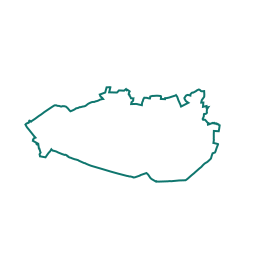 outline of Stroiesti, Suceava, Romania, rotated 306°
{"feature_id": "2599482B39658713506710", "entity_name": "Stroiesti", "entity_type": "district", "adm_level": 2, "iso_a3": "ROU", "parent_name": "Romania", "parent_adm1": "Suceava", "projection": "equal_earth", "projection_center": [26.132, 47.616], "detail": "fine", "context": "isolated", "style": "outline", "palette": "teal", "viewbox_px": 256, "rotation_deg": 306, "n_neighbors": 0, "source": "geoboundaries", "source_scale": "gbopen_adm2", "svg_char_len": 5456}
<svg xmlns="http://www.w3.org/2000/svg" viewBox="0 0 256 256"><g transform="rotate(306 128 128)"><path d="M127.1,207.2L130.5,208.1L131.2,208.2L133.8,208.8L137.4,209.6L139.5,210.2L142.3,210.5L144.3,210.9L144.8,211.1L146.2,211.7L146.8,212.0L147.9,212.3L148.9,212.5L149.9,212.7L151.7,213.0L152.2,213.0L154.6,212.1L156.2,211.6L157.3,211.3L158.0,211.9L158.7,212.3L159.2,212.7L159.5,212.7L160.3,212.6L163.7,211.5L164.8,211.2L167.6,210.5L167.8,210.4L167.9,210.2L166.3,206.3L166.1,205.9L169.0,204.4L169.5,203.8L170.6,203.1L173.3,201.1L176.1,199.2L178.7,203.3L181.0,202.2L184.0,200.6L183.9,200.3L183.8,200.1L183.9,199.2L184.1,199.0L184.0,198.8L183.9,198.7L183.9,198.3L183.6,198.1L183.5,197.9L183.4,197.8L183.4,197.7L183.7,197.6L183.8,197.4L183.8,197.1L183.7,196.8L183.6,196.7L183.4,196.2L183.2,196.1L182.9,196.2L182.6,195.7L182.6,195.4L182.6,195.1L182.7,194.9L182.4,194.8L182.1,194.5L182.1,194.4L182.3,194.2L182.2,193.9L181.9,193.9L181.7,193.8L181.6,193.7L181.5,193.2L181.1,193.0L178.9,191.6L177.7,190.7L177.8,190.6L178.2,190.6L178.4,190.4L178.6,190.4L178.8,190.4L179.0,190.6L179.3,190.5L179.3,190.2L179.1,189.5L179.1,188.9L179.4,188.0L179.8,186.2L179.9,185.6L179.9,185.4L179.7,185.0L178.8,184.0L179.0,183.5L179.1,183.2L179.4,183.0L180.6,182.8L182.2,182.4L183.1,181.7L183.7,181.4L184.1,181.3L184.9,182.4L185.3,182.6L185.6,182.8L186.0,182.9L186.6,182.9L186.9,182.8L187.2,182.4L187.4,182.2L188.0,181.8L188.7,181.4L189.1,181.1L189.4,181.0L189.7,180.9L190.1,180.8L192.0,180.7L190.7,179.5L191.9,178.6L189.2,176.2L192.9,174.0L191.6,172.3L193.4,171.5L194.1,171.3L197.5,171.3L197.9,171.3L198.2,171.2L198.5,171.0L199.9,170.1L202.6,167.9L201.2,166.3L201.0,166.0L200.8,165.4L200.8,165.0L201.0,164.4L201.0,163.8L201.0,163.5L200.8,162.7L200.0,162.2L199.4,161.9L198.8,161.6L198.7,161.5L197.9,161.4L197.7,161.3L197.3,161.0L196.3,160.7L195.7,160.3L195.0,160.0L194.9,159.9L194.7,159.5L194.5,159.3L194.1,159.0L192.9,158.8L192.1,158.7L191.7,158.9L190.9,159.4L190.7,158.8L190.0,157.0L189.6,156.6L188.6,156.0L187.8,155.9L185.9,156.0L185.5,156.2L185.3,156.1L184.8,156.7L184.0,158.5L183.8,159.2L183.9,162.0L176.5,158.3L176.6,158.1L176.7,157.9L177.1,157.5L177.7,156.7L178.5,155.2L179.5,153.5L179.9,152.7L180.9,151.3L181.6,150.3L182.0,149.7L182.3,149.1L182.8,147.5L182.3,147.4L179.2,145.1L176.8,143.4L175.0,141.8L174.0,140.5L173.1,141.0L170.8,137.5L172.7,136.4L173.1,135.7L172.2,134.1L171.9,133.6L171.0,132.3L170.3,131.4L169.1,130.0L168.2,128.8L166.8,127.7L166.5,127.5L164.8,128.4L164.2,127.4L163.4,125.4L162.9,124.6L162.3,123.8L162.1,123.4L161.2,123.4L160.0,123.6L159.4,123.8L158.6,124.2L158.0,124.2L157.3,124.4L156.3,124.8L154.6,125.8L153.1,122.4L152.8,121.5L152.5,121.0L152.3,120.5L149.2,116.5L150.9,115.7L152.7,116.1L153.8,115.8L154.7,115.0L155.1,114.9L153.8,112.9L154.9,111.0L155.0,110.3L155.3,109.8L155.6,109.1L155.9,109.3L156.3,108.4L156.9,108.1L157.6,108.0L158.6,107.8L158.6,106.7L158.5,105.0L157.8,104.8L158.3,103.5L155.9,102.9L153.1,98.6L150.5,98.3L150.2,98.2L149.9,97.8L145.8,91.8L150.6,89.8L150.5,89.5L148.3,86.8L143.3,88.7L138.5,85.5L138.2,86.0L137.4,87.1L137.2,89.6L136.8,90.8L136.2,90.1L135.3,89.4L134.5,88.7L133.4,88.2L132.3,87.6L131.5,87.0L130.5,86.1L129.8,85.7L129.4,85.5L129.0,85.0L128.2,84.0L127.5,83.4L126.2,82.6L124.5,81.7L123.7,81.4L121.5,80.8L120.7,80.5L120.3,80.2L119.5,79.6L118.9,78.9L118.5,78.6L116.9,77.3L116.5,76.7L114.7,75.7L114.0,75.0L113.3,74.4L112.6,74.2L111.7,73.9L110.7,73.4L109.1,72.5L108.0,71.8L107.7,71.6L107.9,70.3L108.2,69.0L108.5,68.1L108.7,66.5L108.8,65.7L108.8,65.2L108.2,63.7L107.5,62.7L107.2,62.2L106.5,61.7L106.0,61.3L105.4,59.4L105.1,58.9L104.7,58.3L104.4,57.7L104.3,57.3L104.2,56.7L103.4,55.5L102.6,55.0L100.3,54.1L91.3,50.8L90.8,50.7L87.6,49.7L85.3,48.8L80.8,47.4L79.2,46.8L77.6,46.2L76.8,45.9L76.1,45.8L76.1,45.6L76.0,45.4L76.2,45.0L76.2,44.8L76.1,44.4L76.1,44.0L76.0,43.9L75.8,43.9L75.7,43.9L75.6,44.1L75.7,44.3L75.1,44.4L74.7,44.3L74.2,44.6L73.7,44.5L73.4,44.0L72.8,43.9L72.3,43.4L71.5,43.1L71.1,43.1L70.5,43.0L69.9,44.3L69.6,44.8L69.1,46.2L68.5,48.6L66.3,56.5L65.8,58.8L64.8,58.2L64.2,57.9L63.8,57.9L63.3,58.0L62.9,58.0L62.8,58.3L61.7,58.6L62.3,63.0L61.4,63.2L61.2,63.6L61.2,64.2L62.3,64.8L59.0,68.0L59.2,68.4L58.0,70.0L57.4,70.7L56.8,71.7L55.0,71.9L54.8,71.9L54.4,72.2L54.2,72.5L54.0,72.9L53.7,73.3L53.4,73.5L54.3,75.4L55.8,78.5L58.7,78.4L59.5,78.4L59.8,78.4L60.5,78.4L61.4,78.4L63.4,78.7L65.7,78.5L65.5,79.4L65.5,79.7L65.6,80.1L65.5,80.6L65.6,80.8L66.1,81.7L66.3,82.4L66.5,82.8L66.8,83.8L66.9,84.3L67.0,84.9L67.1,85.7L67.3,86.6L67.5,87.3L68.1,89.7L68.2,90.2L68.4,90.7L68.9,92.4L69.0,92.6L69.5,93.0L69.7,93.5L69.8,94.1L69.9,94.5L69.8,95.1L69.6,95.3L69.5,95.7L69.7,96.0L69.8,96.1L69.9,96.3L69.9,96.5L69.8,96.8L69.6,97.1L69.8,98.0L70.1,98.8L70.3,99.2L70.4,99.8L70.5,100.2L70.7,101.0L71.4,103.3L71.9,104.4L72.5,106.1L72.6,106.4L72.7,107.0L72.7,107.5L72.7,107.8L72.8,108.2L72.9,108.6L73.3,110.5L73.8,112.9L74.4,114.3L74.4,115.0L74.6,115.9L75.2,118.4L75.8,120.5L77.7,125.8L78.2,127.2L79.0,129.4L81.6,136.8L82.8,140.2L85.3,146.9L86.1,148.9L88.6,155.3L89.1,156.2L89.5,157.4L89.7,157.8L90.1,158.2L90.3,158.7L91.2,160.9L91.1,161.4L91.5,161.9L92.2,162.6L96.5,165.6L96.8,165.7L97.1,165.7L102.4,169.4L102.3,170.5L102.1,171.8L100.8,175.3L100.6,176.6L100.6,177.4L100.8,179.3L101.1,182.2L101.6,182.2L101.7,182.7L101.9,183.2L102.4,184.0L108.4,191.7L108.7,192.0L108.8,192.1L109.5,192.9L110.6,194.6L111.2,195.2L111.9,196.0L115.7,200.3L119.5,205.2L119.7,205.3L120.4,205.6L122.1,206.1L127.1,207.2Z" fill="none" stroke="#0f766e" stroke-width="2"/></g></svg>